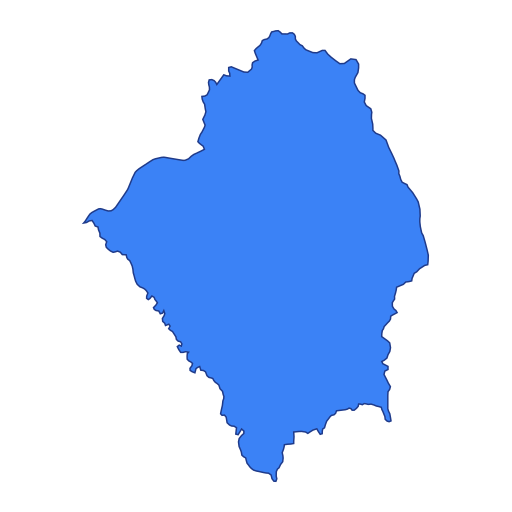 outline of Kangundo, Eastern, Kenya
{"feature_id": "3690345B98275441455845", "entity_name": "Kangundo", "entity_type": "district", "adm_level": 2, "iso_a3": "KEN", "parent_name": "Kenya", "parent_adm1": "Eastern", "projection": "natural_earth1", "projection_center": [37.353, -1.343], "detail": "fine", "context": "isolated", "style": "filled", "palette": "blue", "viewbox_px": 512, "rotation_deg": 0, "n_neighbors": 0, "source": "geoboundaries", "source_scale": "gbopen_adm2", "svg_char_len": 5624}
<svg xmlns="http://www.w3.org/2000/svg" viewBox="0 0 512 512"><path d="M312.8,52.6L309.8,51.4L305.9,49.8L304.1,48.2L302.3,45.8L299.9,44.6L298.3,42.9L296.4,41.0L295.4,39.1L295.3,36.3L294.3,34.3L292.5,32.9L289.8,32.9L287.5,34.0L281.9,33.9L280.3,32.2L278.2,30.7L275.6,30.9L273.6,31.5L271.7,31.9L270.7,33.6L269.9,35.8L268.9,37.6L267.0,39.0L264.2,39.6L262.3,40.6L261.5,43.1L260.0,45.4L258.1,46.9L256.1,48.6L254.4,50.6L255.3,53.4L258.1,60.0L254.9,61.1L252.6,62.7L252.1,64.9L252.2,67.1L251.5,69.1L249.4,70.9L247.7,72.3L243.8,72.0L231.3,66.8L228.7,67.5L228.7,71.0L229.7,73.2L229.9,76.1L226.4,75.8L223.8,74.8L216.8,84.5L215.7,82.3L214.1,80.6L211.8,79.6L209.2,79.9L208.5,82.4L208.8,84.8L209.4,87.0L209.5,89.8L208.2,92.6L207.1,94.8L204.8,96.1L201.9,96.4L202.2,99.1L203.2,101.9L204.6,104.2L205.3,108.9L205.9,111.7L204.9,115.1L204.0,116.9L202.8,119.4L204.2,122.9L205.1,125.1L204.5,127.1L202.0,132.0L200.4,134.4L198.9,138.2L197.9,141.7L199.4,143.3L201.2,144.7L203.2,146.2L204.4,149.3L201.0,151.1L193.7,154.5L191.2,156.3L188.6,158.8L185.1,160.3L183.2,160.4L179.3,159.8L168.6,158.0L165.9,157.5L163.8,157.2L161.5,157.4L155.4,158.8L152.9,159.7L149.9,161.6L144.3,165.3L141.4,167.2L139.0,168.8L136.6,170.8L135.2,172.3L132.5,177.8L128.3,188.1L127.4,189.9L124.4,194.5L118.3,203.4L115.6,207.3L113.2,209.6L111.1,210.8L108.3,211.0L105.5,210.2L102.3,209.1L100.4,208.7L98.6,208.9L94.4,211.1L91.9,212.5L90.0,214.0L88.7,215.8L87.3,217.9L85.2,221.2L83.7,223.0L86.5,222.5L89.3,220.9L92.1,220.5L94.0,223.4L95.2,226.0L98.0,227.0L98.5,229.8L99.9,233.2L100.0,236.5L102.1,238.1L104.8,239.5L106.7,241.7L105.7,244.8L106.3,247.3L108.3,249.3L110.5,251.0L113.1,252.3L115.1,251.9L117.6,251.1L120.3,252.2L122.3,254.6L124.1,254.7L126.2,254.8L126.8,257.5L127.8,259.2L129.7,260.6L130.8,262.8L132.2,266.0L132.9,269.1L133.3,272.9L134.2,276.0L134.8,278.4L135.6,281.1L137.2,284.3L139.9,286.8L142.5,287.8L144.5,288.9L146.2,290.5L147.9,293.0L146.7,296.1L146.6,298.3L148.3,299.6L149.9,298.5L151.9,296.0L154.2,297.4L154.9,299.4L156.1,300.9L157.4,302.8L155.9,305.1L153.5,307.6L154.3,309.4L156.0,310.5L158.8,311.0L160.3,313.8L162.6,313.1L163.8,310.6L164.8,313.5L164.2,315.5L162.4,318.5L162.7,321.4L164.7,323.2L165.5,325.5L168.8,324.2L170.1,326.1L168.7,328.7L170.4,330.3L172.5,331.5L174.5,334.6L175.9,336.8L176.4,339.4L178.1,341.1L180.6,341.8L181.9,343.9L181.3,346.1L179.2,345.1L177.3,346.6L178.8,349.6L180.7,352.4L183.1,352.4L185.5,351.7L188.5,352.2L187.3,353.6L187.1,356.1L187.2,359.2L188.8,360.9L190.9,362.0L192.5,363.4L191.9,365.8L190.0,368.3L190.1,370.4L192.1,371.7L194.9,372.8L196.0,368.6L197.7,367.4L199.7,366.5L200.8,370.2L203.4,370.5L205.5,371.8L207.0,375.7L208.9,377.4L211.1,377.9L212.8,378.5L213.8,380.5L215.3,382.3L217.1,383.5L218.9,385.1L220.0,388.7L222.5,391.3L223.2,394.5L223.9,396.5L223.7,398.7L222.9,400.9L222.4,405.4L221.6,408.9L221.1,411.2L220.6,413.8L222.0,415.3L224.5,415.1L226.2,417.2L227.1,422.7L229.5,425.0L231.6,426.0L234.1,426.2L236.5,427.7L235.8,434.1L238.1,434.7L239.7,432.1L241.6,429.0L243.9,431.1L243.8,433.5L241.5,435.6L239.2,438.5L238.5,441.9L239.1,446.5L240.5,449.7L241.3,451.9L241.9,455.2L243.7,456.8L245.7,457.9L246.3,460.6L247.1,463.3L248.6,465.1L249.7,466.7L251.4,468.5L253.6,470.1L256.4,471.0L258.5,471.4L260.3,471.8L263.4,472.5L266.2,473.0L268.6,473.2L271.1,475.0L272.0,478.7L273.9,481.2L275.9,481.3L276.8,478.8L276.2,476.1L276.3,471.6L277.5,469.0L279.0,467.8L280.5,464.6L282.7,461.7L283.1,458.1L282.9,455.8L282.2,452.7L283.5,449.2L284.1,446.8L284.4,444.7L287.6,444.2L290.9,444.0L293.7,443.5L293.7,441.3L294.0,436.8L293.7,432.0L298.6,431.5L301.5,431.4L305.6,432.0L307.8,433.4L309.7,432.1L312.9,430.1L316.8,428.8L318.4,431.6L320.2,434.3L322.2,433.7L322.3,431.0L322.7,429.0L324.5,427.8L325.4,424.6L326.7,421.1L328.6,418.7L329.9,416.9L331.4,415.4L334.0,414.8L335.6,413.3L336.5,410.8L345.3,409.7L347.4,409.1L349.1,408.1L350.9,408.6L352.1,410.2L354.2,410.2L356.5,408.3L358.2,406.3L358.6,404.0L360.5,404.1L362.3,404.7L364.1,403.6L365.9,403.8L368.2,404.4L371.1,404.1L374.0,405.0L376.3,406.0L378.6,406.5L381.3,407.3L381.9,409.6L382.8,411.3L383.9,414.1L384.9,416.5L385.2,419.3L387.1,421.1L389.1,421.7L391.0,420.9L390.5,417.7L389.8,413.8L388.5,411.1L387.8,408.8L387.8,405.0L387.8,400.1L387.8,395.4L388.0,391.7L389.6,389.5L390.4,386.6L388.3,383.1L386.9,380.1L384.0,374.5L384.8,371.1L388.0,369.5L388.0,366.4L382.8,363.7L381.8,361.5L384.1,360.3L386.9,358.1L388.0,354.7L389.8,351.5L390.5,347.7L389.7,342.9L387.6,340.9L381.7,336.6L381.8,333.6L382.3,330.5L383.4,328.9L384.2,326.5L385.7,324.9L387.4,323.0L389.4,321.0L390.5,319.0L390.7,316.2L392.4,315.1L394.7,313.9L397.1,312.6L395.9,310.5L394.0,309.0L392.4,306.3L392.3,302.7L393.5,300.7L394.6,299.1L394.5,296.3L395.5,293.0L396.2,290.0L396.6,287.2L403.4,284.3L405.8,282.0L408.9,281.6L411.7,280.9L412.1,278.3L413.0,276.2L414.2,273.3L416.7,271.8L418.2,270.2L419.6,268.7L421.8,267.3L424.7,265.4L427.7,264.7L428.1,261.2L428.3,255.2L427.1,249.9L426.2,246.4L425.7,244.4L424.9,241.4L423.2,235.6L421.7,233.0L421.0,229.9L420.3,226.5L419.8,222.0L419.8,218.8L420.2,216.0L419.9,209.2L418.2,201.9L416.6,198.9L412.7,192.7L408.0,187.1L407.0,184.6L404.8,183.6L402.1,182.2L400.7,179.4L399.9,176.3L398.8,173.6L398.9,171.0L396.9,165.3L395.3,161.6L393.9,158.2L391.8,153.7L388.7,147.4L386.0,140.0L380.5,135.2L375.7,133.2L372.9,130.4L372.9,128.2L372.7,124.1L371.4,118.4L371.5,114.6L371.8,112.3L370.8,108.8L366.2,105.6L364.3,102.0L365.0,98.3L365.0,95.3L363.0,93.8L360.2,92.7L358.0,90.4L354.4,83.0L354.4,79.7L355.2,77.4L357.9,72.6L358.6,67.9L358.6,64.1L356.0,59.6L350.8,58.9L344.3,63.5L339.8,63.7L335.6,60.7L331.0,57.1L327.8,54.2L325.0,50.4L322.3,50.4L317.0,52.8L312.8,52.6Z" fill="#3b82f6" stroke="#1e3a8a" stroke-width="1.5"/></svg>